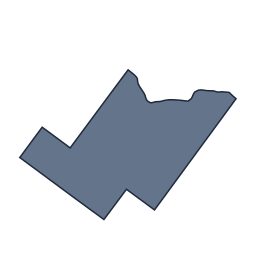 the district of Louisa, Iowa, United States of America, rotated 306°
{"feature_id": "52423323B44101678626651", "entity_name": "Louisa", "entity_type": "district", "adm_level": 2, "iso_a3": "USA", "parent_name": "United States of America", "parent_adm1": "Iowa", "projection": "robinson", "projection_center": [-91.114, 41.248], "detail": "fine", "context": "isolated", "style": "filled", "palette": "slate", "viewbox_px": 256, "rotation_deg": 306, "n_neighbors": 0, "source": "geoboundaries", "source_scale": "gbopen_adm2", "svg_char_len": 696}
<svg xmlns="http://www.w3.org/2000/svg" viewBox="0 0 256 256"><g transform="rotate(306 128 128)"><path d="M40.5,57.8L39.9,127.5L39.8,162.3L77.5,162.8L77.3,197.6L215.2,198.2L215.6,193.5L216.2,189.4L216.1,188.6L212.6,182.8L209.8,179.5L208.2,175.2L204.8,170.2L202.0,165.0L200.3,163.0L199.3,162.3L196.2,160.8L194.5,160.9L189.7,161.9L188.8,161.9L185.0,160.8L180.6,153.0L177.1,147.5L174.8,144.4L172.0,141.5L168.2,138.3L165.7,135.1L162.8,132.7L161.9,131.7L161.5,130.7L161.3,127.3L162.6,124.9L164.5,122.5L165.6,120.4L168.5,112.6L170.2,109.6L173.3,106.6L174.1,105.1L174.7,101.9L175.1,94.0L175.1,93.9L149.0,93.6L77.9,92.9L78.2,58.1L40.5,57.8Z" fill="#64748b" stroke="#1e293b" stroke-width="1.5"/></g></svg>